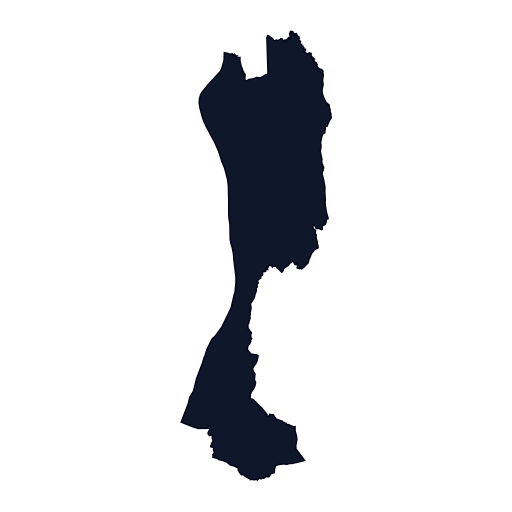 the district of That Phanom, Nakhon Phanom, Thailand, rotated 179°
{"feature_id": "78962969B35250175896926", "entity_name": "That Phanom", "entity_type": "district", "adm_level": 2, "iso_a3": "THA", "parent_name": "Thailand", "parent_adm1": "Nakhon Phanom", "projection": "natural_earth1", "projection_center": [104.685, 16.983], "detail": "fine", "context": "isolated", "style": "filled", "palette": "ink", "viewbox_px": 512, "rotation_deg": 179, "n_neighbors": 0, "source": "geoboundaries", "source_scale": "gbopen_adm2", "svg_char_len": 6063}
<svg xmlns="http://www.w3.org/2000/svg" viewBox="0 0 512 512"><g transform="rotate(179 256 256)"><path d="M209.1,474.1L210.3,474.3L210.3,474.7L210.0,474.7L210.3,475.1L211.6,474.5L211.7,474.8L210.9,475.2L211.1,475.5L212.0,475.5L211.1,476.0L211.6,477.4L212.3,476.7L212.6,477.4L213.4,477.7L214.2,476.9L215.1,478.9L215.4,478.9L215.4,478.4L215.6,478.6L215.4,479.6L216.7,480.0L217.7,479.9L217.9,477.9L218.5,477.9L218.3,476.2L217.6,475.0L217.9,474.2L217.5,474.2L217.6,473.9L218.3,474.0L218.4,473.3L219.0,473.8L219.2,473.3L218.9,473.0L219.1,472.9L219.7,472.8L219.6,473.4L219.9,473.5L220.4,472.2L221.6,471.8L221.8,470.8L223.2,471.4L223.8,471.2L224.7,470.0L225.3,470.4L225.9,472.5L226.9,472.8L227.5,472.8L227.9,472.1L230.4,471.0L232.0,471.6L233.4,470.8L234.7,471.0L235.3,472.6L239.8,476.1L240.5,476.2L241.3,474.1L240.8,437.7L243.4,436.9L248.5,434.0L252.2,434.5L255.6,433.2L260.1,432.6L262.5,431.0L264.1,431.9L263.9,432.6L264.2,434.5L263.8,435.3L264.2,435.6L263.7,437.3L264.1,438.2L264.9,437.7L264.8,439.0L265.4,439.0L265.6,439.4L265.4,440.9L266.5,441.5L266.2,442.5L267.7,446.6L268.7,451.5L268.6,454.8L269.5,454.6L270.4,455.0L272.6,455.0L272.6,455.8L271.9,456.4L273.0,456.4L273.1,456.9L273.9,456.2L274.3,458.1L275.9,457.4L275.9,457.9L276.4,457.9L276.4,458.5L278.9,458.2L279.8,458.8L284.1,459.9L284.5,452.1L286.3,446.1L288.3,441.2L301.1,427.9L307.0,420.8L308.5,418.5L309.8,414.2L310.1,409.8L309.6,405.7L307.5,397.0L305.8,391.6L303.5,386.4L295.2,370.2L291.5,361.3L288.4,350.9L285.9,344.7L283.1,333.1L282.4,326.9L282.3,311.3L282.5,299.6L282.4,294.6L281.5,288.2L281.5,273.4L281.0,269.8L279.3,263.4L278.5,258.3L278.0,250.9L276.4,235.6L276.5,229.6L277.6,219.9L278.2,218.7L281.7,204.6L291.4,185.5L298.0,176.8L301.4,173.7L306.8,163.3L308.8,156.9L309.7,155.2L311.2,150.3L317.6,134.3L320.8,122.0L324.7,115.8L326.2,109.7L333.7,91.2L321.7,86.2L316.9,84.6L305.5,84.6L305.5,82.9L307.0,80.0L306.9,78.9L305.7,77.3L303.7,77.9L302.9,77.4L302.9,74.4L302.1,72.4L302.2,71.6L303.6,69.6L303.8,68.3L304.7,66.6L304.5,66.0L301.9,65.4L301.5,64.6L301.9,62.6L301.0,60.8L301.7,58.8L302.7,58.0L302.4,56.9L302.6,55.5L297.6,54.2L296.9,53.2L293.3,52.3L288.6,50.4L285.1,47.3L281.7,46.6L277.3,44.3L277.5,42.2L277.2,42.0L276.1,39.7L274.4,37.6L272.4,37.5L269.1,34.8L265.7,33.4L265.6,32.5L264.4,32.8L261.6,32.3L259.4,32.7L258.6,32.0L258.4,32.6L257.2,33.1L256.9,33.6L255.3,33.9L255.1,33.2L254.5,33.2L253.0,34.1L252.5,33.7L251.7,33.9L250.1,35.3L248.4,35.2L247.9,34.9L246.8,35.2L246.5,36.2L245.9,36.5L245.2,37.9L241.5,39.1L241.2,42.7L240.4,45.3L239.8,46.1L237.8,47.0L236.7,47.0L235.6,47.5L234.6,47.2L232.7,47.7L228.8,47.2L225.6,48.0L223.9,47.9L215.2,49.7L211.0,50.8L219.5,62.5L219.5,66.1L218.4,71.7L218.7,75.5L220.0,80.4L219.9,84.7L221.9,84.7L224.0,85.7L225.1,85.7L225.3,86.4L226.7,86.9L228.7,86.9L228.7,88.1L229.6,88.1L230.6,89.0L232.2,89.6L232.5,90.4L234.0,90.7L237.4,92.2L238.2,91.8L238.6,92.5L239.3,92.6L239.3,93.8L240.1,94.5L241.6,97.1L243.4,97.0L245.0,97.5L246.1,95.4L246.6,95.6L246.8,95.2L247.5,95.2L248.0,96.2L247.8,97.1L248.1,97.8L252.9,103.8L261.4,112.5L264.6,113.6L264.1,115.4L264.1,118.9L263.5,118.9L262.9,120.8L262.3,121.1L260.1,124.4L259.6,125.5L258.6,129.4L259.8,132.3L259.1,137.9L259.7,139.4L260.5,140.2L261.5,143.4L259.8,146.4L258.1,148.5L256.7,151.4L255.6,156.1L257.3,157.3L258.9,157.3L260.8,157.8L262.5,157.5L262.9,158.6L263.8,159.1L264.2,160.0L265.3,160.5L265.3,161.4L266.2,162.2L266.1,163.4L266.8,164.1L266.6,164.7L266.0,165.0L265.2,166.9L263.9,168.4L262.8,170.5L262.7,172.2L261.8,173.5L262.5,174.5L262.8,176.6L262.0,179.5L263.3,180.6L263.8,182.0L265.1,183.6L265.4,186.5L265.3,187.8L264.6,188.8L263.6,192.5L263.0,193.7L263.3,196.4L262.9,197.0L262.8,200.0L262.1,202.4L261.9,204.5L262.4,208.5L258.8,213.7L257.9,216.3L257.8,217.5L256.3,221.0L256.4,224.1L255.6,224.6L255.2,225.3L255.6,226.1L255.4,227.5L254.3,229.0L254.9,231.3L253.3,233.0L251.7,233.7L251.5,235.8L250.2,236.5L249.7,237.2L249.7,238.1L250.4,239.2L249.8,239.4L249.2,240.4L248.3,240.1L247.6,240.6L246.7,240.5L246.4,241.2L246.6,242.2L246.2,242.7L244.6,242.3L244.8,243.9L244.4,244.2L243.5,246.4L240.6,246.2L239.9,244.9L239.7,245.4L238.5,245.6L236.8,245.5L235.3,244.8L235.5,244.1L232.8,241.8L230.7,239.4L229.7,240.0L229.8,240.6L229.3,240.9L228.7,242.8L227.5,243.9L224.1,245.9L223.2,246.9L222.6,248.3L221.1,248.7L220.0,250.0L218.8,249.9L217.0,246.7L215.4,247.4L214.7,245.1L215.0,243.3L212.8,242.6L210.8,242.8L210.5,242.4L208.1,244.2L204.2,248.1L203.4,250.1L203.4,251.6L202.7,252.3L200.2,258.2L198.7,259.4L197.5,261.3L195.1,262.6L194.1,262.8L193.7,263.3L193.9,265.5L194.5,267.0L194.7,269.8L195.7,273.1L195.3,276.0L196.4,277.5L196.1,280.4L196.7,281.3L198.4,282.1L198.6,284.2L198.2,285.9L197.6,286.3L196.9,286.2L195.6,282.9L195.1,282.4L192.8,282.5L189.8,281.2L189.3,281.7L189.4,284.1L189.2,284.9L186.4,286.3L185.6,287.7L185.1,290.8L184.6,291.6L183.2,292.2L184.9,298.7L185.8,305.0L186.0,308.7L185.7,310.7L186.1,318.6L185.9,323.6L187.3,332.2L188.5,336.6L188.3,338.7L187.4,340.4L187.2,342.2L186.9,342.5L186.9,343.9L187.6,344.8L187.8,346.2L188.5,347.3L188.5,348.7L188.9,349.2L188.4,351.4L189.9,359.4L189.0,365.1L189.5,368.1L188.2,374.0L187.0,377.0L185.1,377.9L184.3,384.7L182.8,384.5L180.6,389.5L178.7,392.3L178.3,393.2L178.8,395.4L178.5,396.8L179.5,398.8L179.3,400.8L180.1,403.5L180.3,405.8L181.2,405.8L181.4,406.8L183.5,408.4L186.0,414.4L187.1,418.3L187.0,421.4L185.9,426.4L186.4,430.2L185.6,435.5L186.1,438.7L185.8,439.6L186.6,440.0L186.5,440.5L187.0,441.2L189.1,441.8L190.2,442.8L190.9,442.8L191.9,445.3L191.5,446.4L192.1,446.9L192.4,448.0L193.9,449.0L194.4,449.8L194.8,449.3L195.4,449.6L195.5,450.2L194.8,451.1L195.3,451.4L195.1,452.1L194.5,452.2L195.4,453.0L195.4,452.5L196.1,451.8L196.6,452.6L196.8,454.2L197.5,454.1L197.7,455.1L197.2,456.0L198.0,456.2L197.4,457.5L198.9,458.2L201.0,457.1L204.3,459.2L204.4,459.5L203.7,460.5L203.0,460.4L202.9,461.6L203.2,461.9L203.6,461.6L204.5,462.3L204.5,463.2L205.1,463.1L205.4,465.0L206.9,465.5L206.7,466.7L207.4,466.6L208.3,467.8L208.4,468.2L207.8,469.9L208.2,470.2L208.7,469.7L209.4,470.7L209.5,472.3L209.0,472.5L209.4,473.1L209.1,474.1Z" fill="#0f172a" stroke="#020617" stroke-width="1.5"/></g></svg>